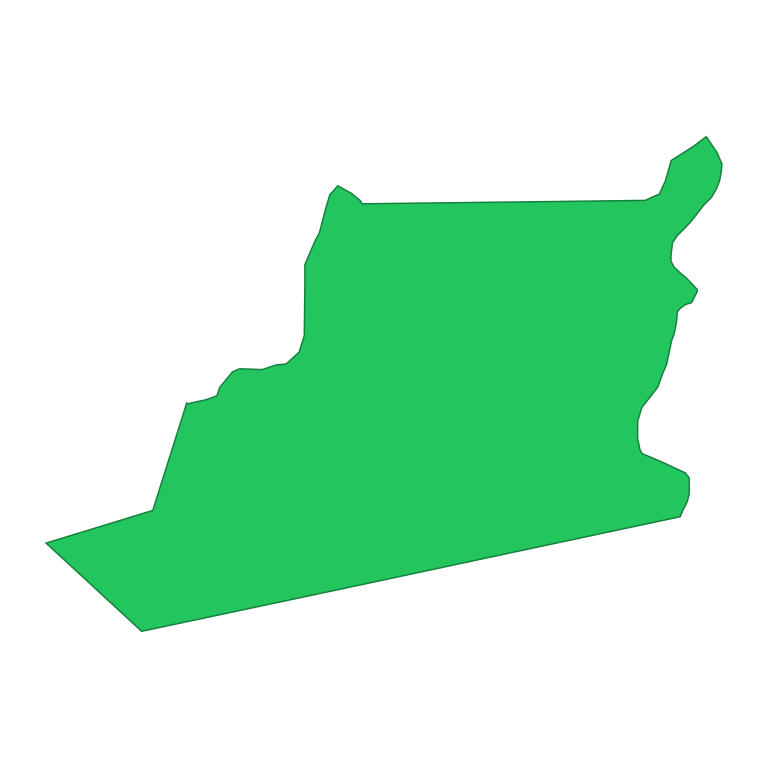 outline of Morne Tabac, Soufrière, Saint Lucia
{"feature_id": "8701671B46937841277831", "entity_name": "Morne Tabac", "entity_type": "district", "adm_level": 2, "iso_a3": "LCA", "parent_name": "Saint Lucia", "parent_adm1": "Soufrière", "projection": "equal_earth", "projection_center": [-61.03, 13.874], "detail": "fine", "context": "isolated", "style": "filled", "palette": "green", "viewbox_px": 768, "rotation_deg": 0, "n_neighbors": 0, "source": "geoboundaries", "source_scale": "gbopen_adm2", "svg_char_len": 1343}
<svg xmlns="http://www.w3.org/2000/svg" viewBox="0 0 768 768"><path d="M706.2,136.7L693.8,146.1L671.2,160.5L668.6,169.8L665.3,181.2L662.6,187.0L659.4,194.0L645.1,200.4L556.7,201.5L362.1,203.8L360.3,200.6L351.9,193.8L351.2,193.2L347.7,191.3L337.8,185.8L332.2,192.1L329.8,194.8L327.8,201.6L325.6,208.8L319.5,232.5L315.2,240.7L315.0,241.1L304.9,264.5L304.9,284.1L304.3,333.0L304.3,335.7L300.4,348.0L299.2,352.1L294.0,356.8L286.2,364.0L281.9,364.4L276.7,364.8L273.9,365.7L261.9,369.6L249.1,369.1L239.5,368.8L232.4,372.0L221.5,385.2L219.9,387.1L217.0,395.8L212.9,397.3L205.8,399.8L187.4,403.8L187.1,403.5L186.7,403.1L167.9,462.6L152.8,510.4L46.1,543.1L141.1,630.8L141.5,631.3L319.8,593.5L349.5,587.2L512.5,552.4L678.7,517.0L680.2,516.7L681.9,512.4L684.3,507.6L687.5,501.0L689.1,493.8L689.3,478.2L685.4,473.0L662.6,462.3L642.2,453.7L639.9,449.5L637.6,438.0L637.6,434.5L637.7,421.0L641.8,407.6L649.0,398.4L657.8,387.1L662.6,373.7L666.6,364.4L671.6,340.7L674.0,334.5L676.5,322.1L677.4,311.7L679.8,308.7L685.3,304.6L691.7,302.6L697.3,291.3L697.3,289.6L686.4,278.1L680.1,272.8L673.9,267.0L670.8,260.7L671.1,257.9L670.8,257.2L672.5,242.7L677.3,235.5L684.5,228.4L690.8,221.7L696.4,214.6L703.6,205.3L711.6,197.2L716.4,189.0L719.6,180.7L721.3,171.4L721.9,164.0L716.8,152.1L707.4,138.4L706.2,136.7Z" fill="#22c55e" stroke="#15803d" stroke-width="1.5"/></svg>